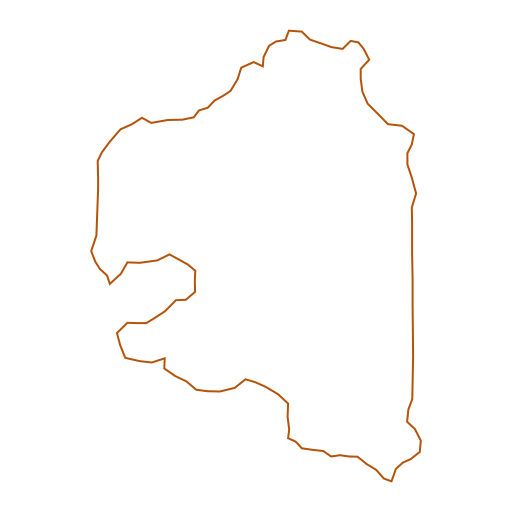 Cajamar, São Paulo, Brazil
{"feature_id": "56859067B74244976946556", "entity_name": "Cajamar", "entity_type": "district", "adm_level": 2, "iso_a3": "BRA", "parent_name": "Brazil", "parent_adm1": "São Paulo", "projection": "mercator", "projection_center": [-46.876, -23.354], "detail": "fine", "context": "isolated", "style": "outline", "palette": "amber", "viewbox_px": 512, "rotation_deg": 0, "n_neighbors": 0, "source": "geoboundaries", "source_scale": "gbopen_adm2", "svg_char_len": 1549}
<svg xmlns="http://www.w3.org/2000/svg" viewBox="0 0 512 512"><path d="M416.1,193.5L411.8,177.6L407.4,164.5L407.4,153.2L411.8,144.5L413.9,134.1L401.9,125.7L388.0,124.2L378.6,114.6L367.6,103.6L362.4,91.6L360.7,78.8L360.7,69.0L369.2,59.7L363.7,48.9L358.4,42.4L350.7,40.9L342.6,48.9L331.4,47.1L320.7,43.3L310.0,39.6L301.8,31.6L288.9,30.7L285.4,40.0L276.0,41.5L269.1,45.8L263.6,57.0L262.8,66.3L253.7,62.1L241.2,67.7L237.7,79.0L230.5,91.0L222.3,96.3L214.6,100.5L207.7,107.8L199.0,110.4L193.8,117.3L182.3,119.7L167.7,120.0L151.3,122.9L141.9,117.8L132.0,124.2L120.5,129.3L109.8,141.7L101.9,152.3L97.7,160.9L98.1,178.0L98.1,189.3L96.4,235.6L91.2,251.1L95.2,261.5L99.9,269.0L107.1,275.5L109.8,283.9L120.8,273.9L127.4,262.4L139.9,262.8L157.3,260.4L169.5,254.4L188.0,264.6L195.3,270.8L194.8,281.9L195.1,291.8L185.8,299.8L175.9,300.2L165.2,311.1L154.0,318.4L146.3,323.1L136.9,323.1L127.4,322.8L117.0,333.0L120.0,344.7L125.2,357.8L139.4,361.1L151.8,362.5L164.7,358.3L164.3,368.5L175.1,376.0L186.3,381.3L196.2,389.7L207.2,391.2L219.8,391.5L234.7,387.9L245.5,379.3L255.2,382.2L265.6,386.8L278.2,394.3L288.1,403.6L287.6,416.7L289.2,429.5L288.1,438.2L295.8,441.7L301.8,448.3L313.0,449.9L323.2,451.0L331.1,456.5L340.0,455.2L349.3,456.5L357.5,456.7L366.7,464.1L376.1,469.8L383.8,478.5L391.5,481.3L395.9,468.9L402.7,462.7L410.9,459.0L419.8,451.9L420.8,440.6L414.8,428.9L407.1,421.8L408.4,409.4L412.3,399.0L413.1,356.0L412.6,305.8L412.6,290.3L412.6,279.5L412.1,252.9L412.1,237.4L412.1,223.0L411.8,207.5L416.1,193.5Z" fill="none" stroke="#b45309" stroke-width="2"/></svg>